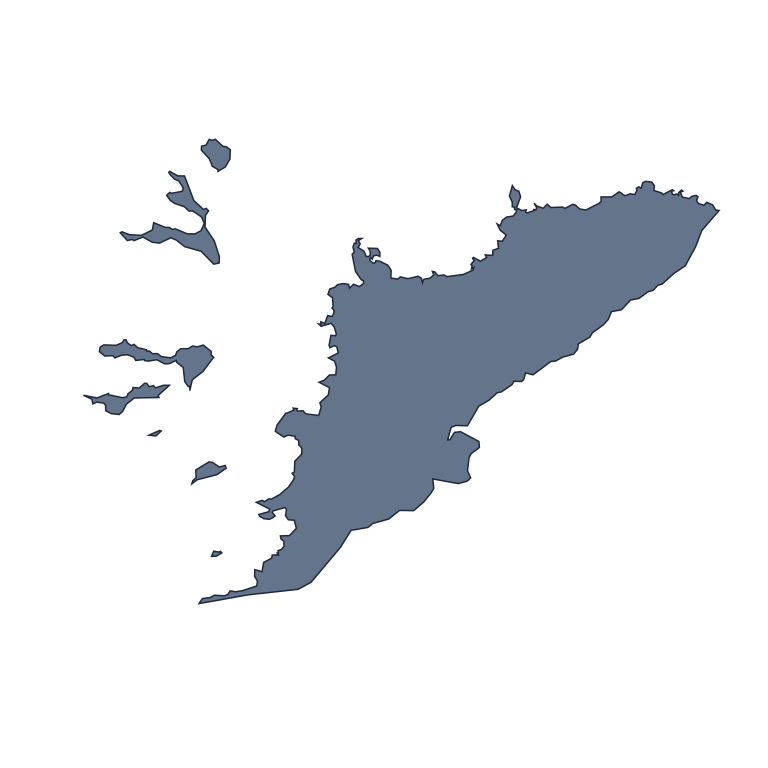 outline of Nioumachioi, Moûhîlî, Comoros, rotated 102°
{"feature_id": "10938185B46959303700006", "entity_name": "Nioumachioi", "entity_type": "district", "adm_level": 2, "iso_a3": "COM", "parent_name": "Comoros", "parent_adm1": "Moûhîlî", "projection": "robinson", "projection_center": [43.69, -12.344], "detail": "fine", "context": "isolated", "style": "filled", "palette": "slate", "viewbox_px": 768, "rotation_deg": 102, "n_neighbors": 0, "source": "geoboundaries", "source_scale": "gbopen_adm2", "svg_char_len": 6175}
<svg xmlns="http://www.w3.org/2000/svg" viewBox="0 0 768 768"><g transform="rotate(102 384 384)"><path d="M527.6,369.8L522.7,365.9L515.1,351.3L504.4,342.5L501.7,328.6L491.0,320.5L480.0,315.0L475.8,313.6L466.7,316.6L466.0,290.9L461.8,282.5L457.8,279.7L451.4,284.3L438.5,285.5L433.9,284.2L426.3,277.5L420.5,279.2L414.7,299.2L416.7,305.0L424.9,308.0L425.4,310.1L412.4,309.3L409.6,305.0L407.5,293.7L386.0,286.7L377.9,277.8L369.0,271.4L367.3,267.5L358.0,258.7L354.3,257.5L353.0,250.1L350.9,248.4L343.7,247.8L344.0,240.1L327.3,225.5L325.9,221.0L320.4,214.5L315.4,204.8L309.9,201.9L304.3,202.2L295.4,192.4L290.6,190.8L280.5,181.7L274.3,178.1L265.9,176.5L262.0,167.1L250.5,160.2L247.3,152.4L238.9,145.0L236.4,140.2L230.4,136.6L228.3,132.6L215.3,123.2L205.8,113.9L184.8,107.7L167.7,105.0L144.6,92.3L144.9,95.7L140.5,99.7L139.2,106.1L142.6,108.2L142.1,113.9L139.6,116.4L135.5,115.8L134.6,117.7L136.4,121.9L139.2,124.1L139.1,131.1L134.8,133.9L133.2,131.7L132.5,133.4L135.6,135.6L138.2,135.1L137.3,137.5L139.0,140.1L137.3,142.1L135.3,142.6L134.7,140.9L134.0,142.3L140.7,150.5L139.4,152.1L138.6,160.2L133.8,160.7L130.8,164.2L131.4,170.4L133.4,172.8L139.0,173.2L138.2,175.8L140.1,177.9L142.4,176.9L146.5,178.1L146.7,182.5L149.8,187.5L147.1,194.0L153.7,200.1L155.9,210.6L160.3,209.6L162.2,210.8L171.8,222.6L172.1,229.0L169.2,233.9L169.1,236.9L174.6,243.5L173.8,246.2L176.7,257.5L174.2,261.8L179.0,264.7L178.1,271.6L175.9,274.8L179.8,271.3L182.1,271.6L182.2,273.6L183.0,273.0L186.9,279.5L186.5,281.3L184.1,281.1L185.7,285.2L184.1,291.0L172.5,289.3L167.4,292.2L166.8,296.1L163.3,299.7L174.0,300.4L179.4,296.4L184.0,295.4L183.9,293.1L186.2,292.4L186.2,290.5L188.7,290.4L193.0,292.8L195.2,298.8L199.1,302.2L205.0,303.3L203.9,306.6L209.5,302.2L212.9,295.4L219.7,297.9L220.3,302.6L227.4,300.2L230.6,305.3L235.6,304.5L236.7,311.8L238.8,309.9L243.8,315.1L241.6,322.9L242.7,323.5L244.5,321.5L249.0,323.8L250.0,322.4L253.2,322.4L251.3,320.3L254.0,320.5L260.3,329.1L265.9,344.7L264.9,348.2L266.8,353.8L263.8,357.5L263.8,360.1L266.9,358.0L270.8,360.8L273.3,366.9L276.9,367.4L272.7,369.6L271.5,372.9L276.0,382.5L275.8,390.2L278.5,392.4L278.9,399.3L271.2,400.7L266.9,405.1L264.7,414.1L265.1,417.6L267.1,417.8L268.0,419.7L266.0,423.6L263.1,423.6L264.3,421.4L260.8,420.9L259.5,417.7L260.1,414.6L256.0,415.4L252.8,418.6L254.4,427.6L256.6,425.3L260.6,424.3L262.5,425.4L262.9,428.0L258.4,431.0L255.8,437.7L251.9,436.4L249.1,438.9L246.3,436.0L247.0,439.4L249.1,441.4L252.2,440.3L252.5,442.4L256.6,442.8L261.1,440.5L263.8,442.1L279.8,435.3L286.8,427.9L287.0,425.6L290.0,425.0L293.8,428.3L292.8,434.6L297.5,437.7L293.9,439.4L294.3,445.0L296.5,450.1L299.7,452.3L302.3,456.8L308.0,457.5L310.3,452.4L318.2,450.0L320.5,450.6L322.3,448.3L325.4,447.7L328.8,449.0L328.8,453.3L337.0,454.5L336.3,458.7L338.7,458.2L338.9,460.4L340.6,457.5L335.7,448.4L338.4,444.7L344.9,441.0L346.9,441.4L347.4,446.0L357.6,445.8L359.7,444.3L356.9,440.8L357.3,438.0L363.1,435.2L370.0,443.8L371.9,437.1L377.4,434.0L385.0,433.1L386.6,439.3L392.8,443.3L395.8,447.9L398.9,436.6L406.2,436.2L415.6,442.8L419.6,440.7L428.3,441.3L429.5,454.3L427.0,457.7L428.5,462.7L427.8,464.2L426.1,463.7L426.5,467.9L428.5,466.7L433.4,474.2L446.4,480.1L452.9,480.5L456.7,470.9L453.9,467.1L453.7,460.0L455.9,459.6L457.0,455.7L461.2,454.7L463.9,451.0L469.7,449.9L478.1,455.2L488.7,453.4L490.4,455.3L492.9,452.4L495.8,452.3L504.7,456.0L513.8,463.0L519.9,470.1L520.4,473.0L523.9,476.3L523.2,479.1L526.3,484.3L530.1,469.8L532.8,470.0L537.6,479.3L539.3,478.1L540.7,473.6L540.2,468.0L538.1,465.2L535.7,463.1L532.8,466.6L531.3,466.3L525.4,455.1L527.1,453.3L533.2,453.0L536.7,449.4L535.9,443.4L543.4,439.7L552.0,445.0L554.1,453.8L556.9,452.7L558.6,449.3L563.5,448.0L567.3,450.0L569.0,453.0L571.2,452.2L571.6,453.4L573.1,451.7L574.5,457.7L577.7,457.7L583.5,464.6L593.0,464.3L592.4,471.7L599.1,470.6L603.1,466.8L608.0,466.5L615.6,479.5L618.1,486.1L618.3,491.5L622.4,493.1L624.3,496.1L625.9,506.1L628.9,509.4L631.6,517.0L637.2,519.2L618.5,473.1L602.7,425.4L593.2,414.2L552.8,392.6L534.0,385.8L527.6,369.8ZM299.9,570.4L293.7,571.5L279.2,579.8L267.7,591.7L256.3,593.7L251.1,591.6L249.2,594.3L250.8,596.9L244.1,608.1L222.0,622.4L223.3,629.0L220.5,637.9L221.9,638.5L224.0,636.3L227.1,631.7L228.0,627.0L233.9,621.2L237.4,621.3L241.6,631.4L241.1,633.4L244.6,635.8L249.0,631.1L250.9,626.4L252.1,616.1L255.4,610.7L254.5,607.0L258.6,597.1L264.2,593.2L272.1,594.9L276.4,599.9L278.0,607.8L275.6,620.6L276.8,622.8L275.5,626.8L276.3,630.5L274.1,642.8L281.4,642.6L289.0,652.1L290.9,664.1L289.6,671.9L290.9,673.4L297.1,664.8L294.9,660.3L295.8,658.4L290.4,650.4L293.5,640.2L292.9,632.9L285.3,622.9L286.4,617.1L291.1,607.5L292.2,590.5L302.2,575.4L299.9,570.4ZM409.4,563.7L393.3,556.2L391.5,559.0L388.0,559.9L383.5,568.9L386.5,574.4L386.6,579.2L390.1,582.7L391.7,590.1L395.5,593.3L399.5,593.9L402.8,598.2L403.5,607.4L401.4,612.1L402.5,616.9L400.5,620.3L401.1,623.0L399.9,623.5L399.7,632.4L397.2,636.8L399.0,639.1L397.1,643.6L394.5,645.3L394.9,647.4L398.0,648.6L401.9,654.2L404.0,666.2L407.1,669.3L411.5,669.1L414.7,663.0L412.7,655.1L414.4,652.6L410.3,646.5L408.7,640.6L409.9,633.9L412.6,631.8L409.8,623.5L410.9,623.1L410.6,619.2L407.5,611.4L409.9,602.6L408.8,598.3L404.1,592.1L406.0,591.1L409.6,583.8L423.1,579.4L427.2,574.9L426.8,573.4L430.8,572.6L419.7,572.4L409.4,563.7ZM442.2,602.5L429.9,593.7L431.0,599.2L435.3,606.7L433.5,609.1L435.5,613.1L432.7,616.2L433.1,618.3L438.9,622.7L439.6,628.8L442.5,628.8L446.7,632.3L450.2,633.0L451.8,637.1L451.8,651.3L450.6,651.5L457.3,661.8L457.5,675.7L459.6,666.6L464.0,664.7L461.5,661.2L461.0,654.1L462.5,652.0L468.0,650.6L469.7,644.7L468.9,636.7L465.1,633.9L457.5,631.9L449.6,625.4L444.0,601.3L442.2,602.5ZM204.7,584.3L196.0,581.5L186.9,583.0L184.8,587.3L184.9,591.2L179.7,599.9L181.5,603.0L181.0,605.8L187.4,607.8L189.3,611.9L193.2,611.3L200.1,601.6L206.7,597.2L208.8,591.0L210.5,590.6L204.7,584.3ZM507.3,528.4L499.2,520.9L496.7,522.4L499.5,527.8L496.4,535.3L496.6,539.0L507.2,550.2L514.8,548.3L518.2,550.9L521.6,551.2L516.5,546.8L507.3,528.4ZM582.9,507.5L581.7,509.3L582.8,510.4L582.9,515.8L588.5,516.9L587.3,512.3L582.9,507.5ZM482.3,596.4L476.3,592.1L476.1,593.8L482.9,603.3L482.3,596.4Z" fill="#64748b" stroke="#1e293b" stroke-width="1.5"/></g></svg>